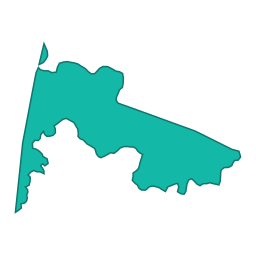 outline of Gongogi, Bahia, Brazil
{"feature_id": "56859067B50275447088656", "entity_name": "Gongogi", "entity_type": "district", "adm_level": 2, "iso_a3": "BRA", "parent_name": "Brazil", "parent_adm1": "Bahia", "projection": "albers", "projection_center": [-39.593, -14.278], "detail": "fine", "context": "isolated", "style": "filled", "palette": "teal", "viewbox_px": 256, "rotation_deg": 0, "n_neighbors": 0, "source": "geoboundaries", "source_scale": "gbopen_adm2", "svg_char_len": 2181}
<svg xmlns="http://www.w3.org/2000/svg" viewBox="0 0 256 256"><path d="M238.9,151.2L231.8,149.3L198.7,132.8L194.7,130.9L163.0,119.4L127.5,106.5L121.7,104.5L117.8,103.0L116.1,99.9L116.6,96.6L118.3,93.2L119.4,89.9L122.4,87.3L123.1,83.6L123.4,78.3L122.6,73.5L119.6,71.8L115.9,71.1L111.8,68.7L107.6,66.6L103.0,66.5L99.5,68.4L97.3,70.9L94.9,73.5L91.6,74.0L88.4,71.8L85.2,68.5L80.9,66.0L77.9,64.0L74.7,63.0L71.1,62.4L67.5,61.6L63.7,62.0L59.4,63.3L57.5,67.1L56.2,72.2L51.7,72.6L48.1,70.8L44.4,70.8L40.4,69.8L38.4,67.5L36.1,72.6L32.1,93.4L22.7,142.9L15.4,212.3L18.1,210.6L21.4,208.0L20.9,203.9L24.6,203.1L26.5,201.1L27.2,198.4L26.8,194.5L27.9,192.1L27.5,189.5L25.4,187.0L29.1,185.2L30.1,181.0L30.2,177.1L28.1,175.1L30.6,172.2L33.7,170.5L36.7,171.7L40.5,171.9L44.0,173.7L43.9,170.8L42.3,167.9L40.6,165.7L42.5,163.8L44.9,165.8L48.1,163.4L47.1,158.8L43.0,156.5L42.1,154.0L39.3,151.2L36.5,149.3L32.7,148.2L32.4,143.2L34.9,140.3L38.3,140.5L40.1,138.6L40.8,134.5L43.5,131.4L44.6,134.4L46.8,136.3L50.4,136.1L53.3,135.1L55.4,132.8L55.2,128.5L54.1,125.8L56.5,124.3L59.8,121.7L62.8,119.3L66.3,118.4L69.1,119.9L74.0,122.6L75.8,125.8L77.8,129.1L78.3,133.8L78.0,136.4L80.1,138.7L83.5,140.1L87.0,143.9L91.0,146.1L94.9,148.7L96.5,154.0L98.5,156.6L100.8,157.7L104.3,156.2L108.2,154.1L110.8,152.7L114.1,153.3L117.3,150.8L120.3,147.9L123.9,146.6L127.1,146.5L130.1,146.9L133.7,147.1L136.2,148.7L137.7,151.1L139.9,153.0L142.6,154.4L141.5,158.0L140.1,162.4L139.5,165.0L138.5,168.5L136.3,170.8L133.1,173.1L133.1,176.5L132.3,180.3L135.0,183.3L137.5,185.1L139.0,188.3L141.5,190.0L145.5,190.1L149.3,186.8L153.0,186.0L157.1,187.0L159.6,187.9L161.7,189.4L165.4,191.5L167.9,186.8L171.7,185.4L175.0,184.0L177.5,183.4L178.8,186.7L177.5,191.7L180.8,193.7L184.1,194.2L185.8,191.5L186.4,187.6L187.0,183.7L188.7,179.9L191.6,178.8L194.3,181.1L197.0,184.1L200.0,185.7L203.1,183.7L207.1,183.6L209.6,182.7L213.5,183.7L218.9,184.9L220.1,181.6L220.5,177.5L220.7,172.5L221.2,170.0L224.1,167.6L228.5,167.4L231.8,165.6L233.0,162.7L234.6,160.5L238.2,160.1L240.6,157.0L239.9,154.4L238.9,151.2ZM44.0,43.7L39.0,64.6L43.3,62.5L45.9,59.3L47.6,56.0L47.3,51.3L45.6,47.4L44.0,43.7Z" fill="#14b8a6" stroke="#0f766e" stroke-width="1.5"/></svg>